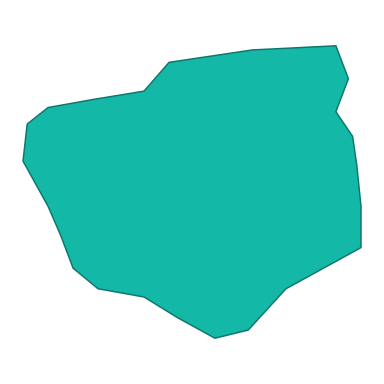 Ulleung-gun, North Gyeongsang, South Korea
{"feature_id": "91817680B98862203953263", "entity_name": "Ulleung-gun", "entity_type": "district", "adm_level": 2, "iso_a3": "KOR", "parent_name": "South Korea", "parent_adm1": "North Gyeongsang", "projection": "natural_earth1", "projection_center": [130.855, 37.493], "detail": "fine", "context": "isolated", "style": "filled", "palette": "teal", "viewbox_px": 384, "rotation_deg": 0, "n_neighbors": 0, "source": "geoboundaries", "source_scale": "gbopen_adm2", "svg_char_len": 417}
<svg xmlns="http://www.w3.org/2000/svg" viewBox="0 0 384 384"><path d="M169.1,62.3L144.0,91.1L94.0,99.3L48.1,107.5L27.2,124.0L23.0,161.1L48.1,206.4L60.6,235.2L73.1,268.2L98.1,288.8L144.0,297.0L177.4,317.6L214.9,338.2L248.3,330.0L285.9,288.8L323.4,268.2L361.0,247.6L361.0,206.4L356.8,165.2L352.6,136.4L335.9,111.7L348.4,78.7L335.9,45.8L252.5,49.9L169.1,62.3Z" fill="#14b8a6" stroke="#0f766e" stroke-width="1.5"/></svg>